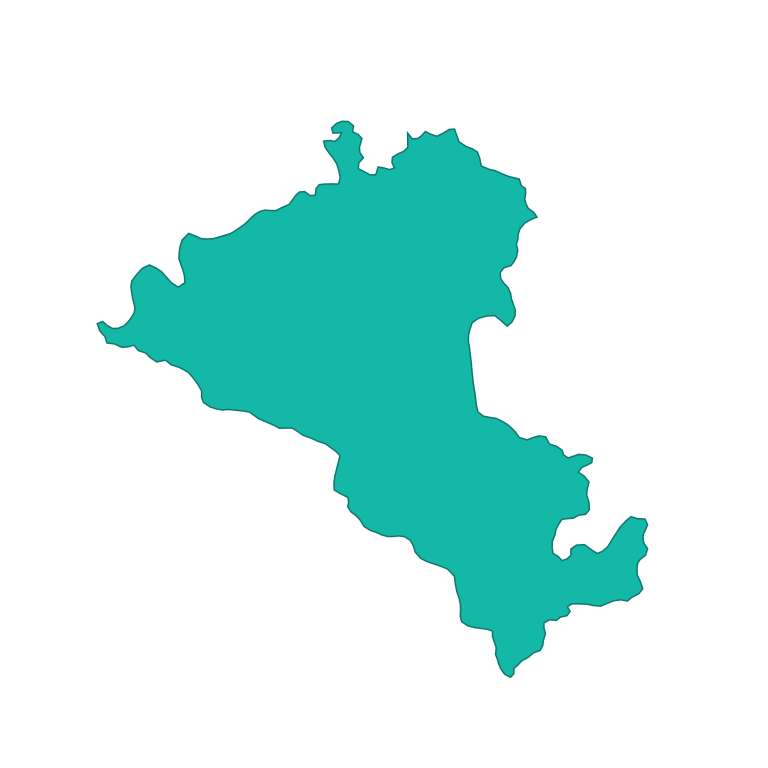 the district of Papagaios, Minas Gerais, Brazil, rotated 281°
{"feature_id": "56859067B20043946270672", "entity_name": "Papagaios", "entity_type": "district", "adm_level": 2, "iso_a3": "BRA", "parent_name": "Brazil", "parent_adm1": "Minas Gerais", "projection": "robinson", "projection_center": [-44.693, -19.372], "detail": "fine", "context": "isolated", "style": "filled", "palette": "teal", "viewbox_px": 768, "rotation_deg": 281, "n_neighbors": 0, "source": "geoboundaries", "source_scale": "gbopen_adm2", "svg_char_len": 4619}
<svg xmlns="http://www.w3.org/2000/svg" viewBox="0 0 768 768"><g transform="rotate(281 384 384)"><path d="M391.7,96.1L388.6,91.0L381.7,95.1L377.3,101.0L371.4,104.2L371.9,111.8L370.0,119.7L371.6,125.4L374.4,131.3L370.0,136.2L369.0,144.1L365.3,149.5L362.3,156.7L365.7,165.0L362.2,171.7L361.3,179.5L359.7,185.0L358.0,189.8L353.5,195.6L348.3,201.2L342.5,206.3L336.1,207.5L331.4,210.3L328.2,218.0L327.6,224.7L327.7,230.2L329.4,236.7L330.0,243.5L330.7,251.3L330.7,257.5L328.4,262.5L326.0,267.5L324.3,275.6L322.5,283.8L320.6,289.7L322.2,296.9L323.2,302.4L321.0,308.1L318.3,314.0L316.8,323.3L315.2,329.9L314.1,338.0L311.2,344.2L308.6,349.8L305.3,354.5L299.4,354.2L291.0,353.7L284.8,353.4L278.3,353.6L270.5,355.3L268.0,362.1L265.8,370.2L261.3,371.8L256.6,371.8L252.1,376.1L249.4,381.8L245.8,386.7L240.2,391.8L237.6,398.9L236.9,404.6L235.4,410.8L235.0,416.7L236.0,422.1L237.7,427.3L238.1,433.0L235.5,439.8L230.3,444.0L225.1,446.6L220.0,453.0L218.0,459.5L217.1,465.8L216.2,473.0L214.6,481.4L208.7,489.8L201.4,492.2L194.3,495.0L187.7,498.8L182.3,501.0L176.9,502.3L170.8,503.1L165.5,505.5L162.6,512.6L162.2,519.9L162.6,525.8L162.9,532.3L162.2,537.7L157.0,538.6L151.8,541.5L146.6,544.5L139.8,545.1L135.6,547.8L131.6,549.7L126.8,552.9L122.1,557.8L120.3,564.1L124.2,566.7L129.7,565.9L134.4,569.5L138.6,572.1L143.1,577.6L148.7,582.1L152.3,588.2L157.7,589.7L163.1,589.4L169.9,590.1L175.1,587.5L180.0,586.6L184.0,591.4L185.0,598.5L188.9,601.7L191.5,607.9L196.3,610.1L200.3,606.5L204.0,610.3L205.4,617.4L206.6,625.3L206.5,632.0L207.3,639.1L212.0,646.1L215.1,650.9L217.4,657.7L217.4,664.4L221.7,667.8L226.8,674.2L232.5,677.0L238.8,673.4L245.1,668.9L251.7,667.5L256.5,667.2L260.7,668.9L265.8,673.4L272.7,674.2L277.1,669.6L281.4,667.8L285.8,667.2L290.8,668.5L296.2,669.6L301.2,665.9L300.2,658.3L300.9,651.8L295.9,647.7L288.6,643.1L281.4,640.2L274.3,637.4L267.0,634.7L261.4,630.4L258.3,625.7L260.7,619.5L264.6,611.4L262.5,603.6L257.6,598.9L251.5,600.1L247.2,597.0L244.6,592.5L247.9,587.8L250.1,582.2L255.4,580.3L261.4,579.2L268.4,580.6L274.0,580.6L278.8,581.9L285.1,584.4L287.1,590.6L288.4,595.4L292.5,600.3L294.6,606.8L299.9,609.6L306.6,607.9L314.3,603.9L320.4,603.6L327.0,603.9L331.7,598.2L334.5,591.6L339.9,594.1L342.9,598.5L346.5,603.0L351.0,602.7L352.8,595.4L352.1,588.5L349.5,584.1L346.5,578.9L348.6,574.0L353.0,571.4L355.7,565.4L356.6,557.9L362.9,552.9L362.7,546.2L360.1,541.0L356.4,535.1L357.3,527.0L362.0,522.1L364.6,518.3L367.7,513.1L370.2,506.1L371.6,500.7L371.4,495.5L371.4,487.7L374.5,481.5L382.2,478.2L388.4,476.3L393.5,474.6L398.0,472.8L404.0,470.8L409.9,469.0L415.3,467.3L421.0,465.8L426.1,464.1L431.8,462.3L437.7,460.4L442.0,458.7L448.1,457.6L454.9,458.0L461.0,458.9L466.4,464.1L470.2,471.4L472.3,479.6L468.7,486.6L464.3,493.8L469.0,497.7L475.5,499.6L481.6,498.8L487.3,495.5L491.8,492.9L497.2,490.9L502.4,487.2L505.7,482.5L509.7,478.5L515.4,476.8L520.8,479.3L524.4,486.0L528.7,488.2L533.7,489.8L540.7,489.8L546.6,487.2L551.1,487.9L556.4,487.1L562.4,487.9L569.1,491.7L573.6,496.9L576.9,502.3L580.9,498.5L584.0,492.0L587.7,489.1L592.2,486.9L598.6,486.7L602.8,485.5L604.9,481.0L611.0,477.7L611.5,467.0L613.1,458.5L614.6,452.3L614.8,446.2L616.6,437.8L623.8,434.9L629.5,431.4L631.7,425.9L632.9,419.1L636.0,411.6L643.0,407.3L647.7,404.6L646.3,399.4L641.8,394.6L637.2,388.6L638.1,382.3L639.7,376.4L635.2,373.7L631.5,370.5L630.1,365.0L634.8,359.3L626.3,361.0L620.9,362.3L616.2,359.0L612.4,353.6L608.2,349.0L602.8,349.6L598.1,352.9L595.5,348.8L596.0,343.1L595.9,336.8L587.8,336.0L586.6,330.3L588.4,324.9L590.5,317.6L596.2,317.1L602.1,320.6L606.7,316.1L611.8,314.7L616.3,315.2L620.7,315.5L624.0,311.1L625.6,304.9L631.5,304.9L634.8,298.8L633.9,292.7L630.6,287.6L625.4,283.8L620.5,286.0L622.6,294.3L617.4,293.1L612.7,289.5L612.7,284.4L610.9,278.4L605.2,281.0L601.6,284.6L596.2,290.8L591.4,295.4L587.1,297.8L582.4,300.0L577.7,301.7L571.6,301.1L570.2,293.5L568.9,287.4L567.3,282.4L562.9,280.0L556.1,280.6L554.9,275.4L557.7,269.4L556.3,264.3L552.3,261.3L548.0,259.4L542.0,256.4L537.9,250.4L533.7,245.0L532.7,240.2L532.0,234.0L529.7,229.3L525.9,225.0L521.7,221.8L517.5,219.1L513.0,215.6L509.7,212.3L505.5,208.2L502.2,204.4L500.0,200.1L497.0,194.4L494.1,188.7L492.6,183.1L491.8,176.9L493.2,170.9L494.6,163.6L486.9,158.4L479.8,157.6L474.0,157.9L468.0,158.7L463.3,161.4L458.4,164.4L452.3,167.4L445.5,169.2L439.8,163.5L442.7,156.3L447.1,150.3L451.8,144.1L454.4,137.9L456.1,131.1L451.6,124.9L447.3,122.1L442.7,119.5L437.0,116.8L431.4,117.0L426.7,118.5L420.5,120.8L415.1,123.3L410.6,125.1L405.8,125.1L401.0,123.3L396.4,121.1L391.2,117.5L387.9,112.3L386.7,106.9L388.8,100.5L391.7,96.1Z" fill="#14b8a6" stroke="#0f766e" stroke-width="1.5"/></g></svg>